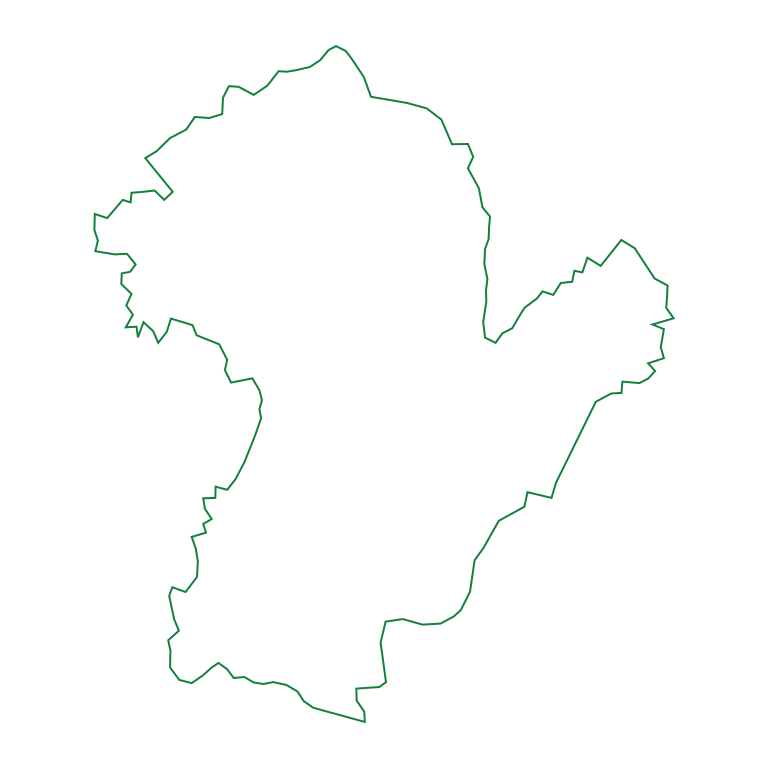 the district of Ernestina, Rio Grande do Sul, Brazil
{"feature_id": "56859067B68568949891586", "entity_name": "Ernestina", "entity_type": "district", "adm_level": 2, "iso_a3": "BRA", "parent_name": "Brazil", "parent_adm1": "Rio Grande do Sul", "projection": "mercator", "projection_center": [-52.561, -28.425], "detail": "fine", "context": "isolated", "style": "outline", "palette": "green", "viewbox_px": 768, "rotation_deg": 0, "n_neighbors": 0, "source": "geoboundaries", "source_scale": "gbopen_adm2", "svg_char_len": 2243}
<svg xmlns="http://www.w3.org/2000/svg" viewBox="0 0 768 768"><path d="M673.6,318.3L666.2,307.7L667.0,298.5L667.6,285.5L654.6,278.5L634.8,248.3L621.3,240.0L600.7,265.9L587.4,257.7L582.4,272.4L574.4,270.8L572.2,281.8L560.8,283.0L553.2,294.9L542.5,291.4L536.9,298.5L524.6,307.7L519.3,316.1L512.2,328.3L502.4,333.3L495.6,342.8L485.1,337.7L483.2,322.2L486.3,301.6L486.0,290.4L487.4,278.9L484.3,263.8L485.1,248.7L488.6,239.1L489.1,227.1L490.0,216.5L482.4,207.3L478.9,188.3L467.9,168.3L473.2,156.8L467.9,144.0L452.0,144.2L441.3,119.5L426.7,108.4L406.8,102.9L371.0,96.8L363.9,77.2L352.7,60.2L345.8,51.0L336.0,46.1L328.6,50.0L320.1,60.2L309.8,67.0L296.1,70.2L286.8,71.7L278.6,71.2L267.4,85.6L253.7,94.9L238.6,86.8L228.9,86.2L223.0,97.8L222.2,114.1L209.4,118.0L194.8,117.0L186.3,129.5L170.1,138.0L156.7,151.1L145.3,158.1L172.7,191.8L164.2,199.9L154.6,190.5L143.4,191.8L131.5,192.8L130.6,202.4L122.7,199.9L107.2,218.1L94.8,214.0L94.4,230.1L97.9,240.6L95.3,251.2L114.8,254.4L127.0,253.8L135.6,264.4L130.1,271.8L121.8,273.4L121.3,284.0L131.5,293.9L126.3,305.5L132.9,314.7L125.8,327.3L136.5,326.7L137.9,337.3L143.5,322.2L153.2,331.2L158.2,342.8L166.8,331.8L171.0,318.6L192.5,325.1L196.7,335.3L219.2,344.3L227.2,359.8L224.9,370.0L231.1,382.6L252.4,378.4L259.4,390.2L262.0,400.2L259.4,409.2L261.1,418.2L256.0,433.0L251.5,444.5L244.4,462.2L235.5,479.2L227.2,489.8L215.6,486.7L215.3,497.9L203.2,498.3L204.9,508.8L211.7,519.0L203.2,524.0L206.0,532.6L191.7,536.9L195.8,548.7L197.9,561.6L197.0,576.9L185.6,592.0L172.3,587.3L169.2,595.9L174.1,619.1L178.9,630.7L168.2,640.3L170.4,650.7L170.1,667.4L179.2,679.9L191.7,683.1L202.9,675.4L211.1,668.0L218.4,662.9L227.2,669.3L233.7,678.0L244.4,677.0L253.7,682.5L263.4,684.0L273.2,682.1L286.5,685.0L297.5,691.5L303.7,701.1L313.0,707.6L325.3,711.1L351.2,718.2L364.8,721.9L364.3,711.7L356.7,700.7L356.3,688.6L379.3,687.0L386.0,682.1L380.6,642.6L385.6,621.6L402.9,619.1L422.4,624.6L440.5,623.6L453.7,616.5L460.8,610.1L470.0,591.8L474.6,560.2L483.4,548.1L498.8,520.8L524.4,506.7L527.5,492.2L551.5,497.9L556.0,482.8L595.8,401.8L611.2,393.5L621.5,392.9L622.4,381.6L639.5,383.1L648.4,378.4L655.1,371.0L648.1,363.3L663.9,358.2L660.8,347.3L663.9,329.2L652.4,324.5L673.6,318.3Z" fill="none" stroke="#15803d" stroke-width="2"/></svg>